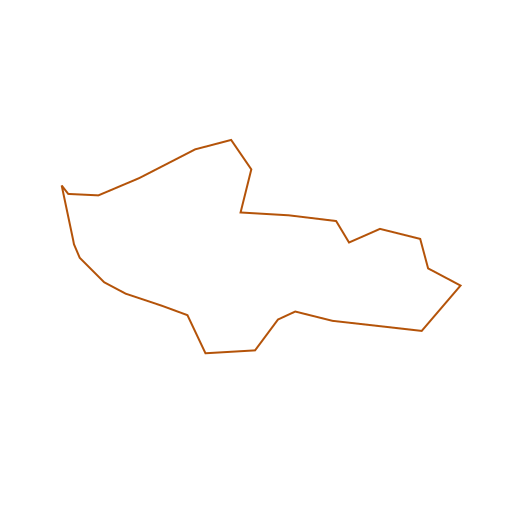 the district of Jung-gu, Daejeon, South Korea, rotated 284°
{"feature_id": "91817680B30301323398004", "entity_name": "Jung-gu", "entity_type": "district", "adm_level": 2, "iso_a3": "KOR", "parent_name": "South Korea", "parent_adm1": "Daejeon", "projection": "albers", "projection_center": [127.417, 36.272], "detail": "fine", "context": "isolated", "style": "outline", "palette": "amber", "viewbox_px": 512, "rotation_deg": 284, "n_neighbors": 0, "source": "geoboundaries", "source_scale": "gbopen_adm2", "svg_char_len": 507}
<svg xmlns="http://www.w3.org/2000/svg" viewBox="0 0 512 512"><g transform="rotate(284 256 256)"><path d="M277.4,50.4L227.1,74.8L223.4,76.5L211.6,85.4L193.8,115.0L187.9,138.7L184.9,177.2L182.0,203.8L149.4,230.5L164.2,277.9L199.7,292.7L211.6,307.5L211.6,346.0L223.4,434.9L276.8,461.6L285.6,426.0L312.3,411.2L312.3,369.7L291.6,343.0L309.3,325.3L303.4,277.9L294.5,230.5L338.9,230.5L362.6,203.8L344.8,171.2L303.4,123.9L276.7,88.4L270.8,58.8L277.4,50.4Z" fill="none" stroke="#b45309" stroke-width="2"/></g></svg>